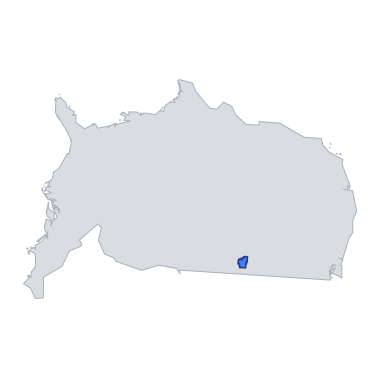 Valley, Montana, United States of America shown in context, rotated 182°
{"feature_id": "52423323B15703516824983", "entity_name": "Valley", "entity_type": "district", "adm_level": 2, "iso_a3": "USA", "parent_name": "United States of America", "parent_adm1": "Montana", "projection": "orthographic", "projection_center": [-106.597, 48.331], "detail": "fine", "context": "in_parent", "style": "filled", "palette": "blue", "viewbox_px": 384, "rotation_deg": 182, "n_neighbors": 0, "source": "geoboundaries", "source_scale": "gbopen_adm2", "svg_char_len": 4894}
<svg xmlns="http://www.w3.org/2000/svg" viewBox="0 0 384 384"><g transform="rotate(182 192 192)"><path d="M319.2,113.3L337.3,101.8L336.9,81.1L344.8,80.1L350.0,90.2L357.2,94.5L351.5,101.0L352.0,103.1L349.8,101.4L349.9,106.4L345.7,112.3L346.4,124.5L351.4,127.2L353.3,125.5L351.9,123.9L353.0,124.4L354.1,126.4L348.5,131.2L346.4,129.5L347.0,133.0L340.0,137.5L336.0,144.3L335.7,141.7L334.6,140.5L335.1,146.8L337.1,147.0L338.3,152.0L336.6,159.9L331.2,158.0L332.3,153.0L330.4,157.0L333.0,160.7L335.6,162.4L336.8,165.0L335.1,177.1L334.6,170.2L328.7,166.1L329.2,158.7L325.9,162.3L330.3,170.9L325.6,169.8L324.4,170.6L324.7,167.2L324.3,166.4L323.7,169.2L324.3,171.1L331.3,172.2L330.5,174.4L326.9,172.3L325.7,172.2L330.2,174.7L331.9,174.8L331.8,177.5L329.4,176.5L333.3,178.8L332.8,179.6L330.9,178.3L327.0,179.0L332.5,180.5L335.3,179.1L340.9,186.4L336.3,181.0L338.4,184.9L332.8,186.3L338.0,188.8L339.5,186.8L338.3,191.6L332.7,192.5L336.4,193.1L334.3,196.2L337.9,196.2L332.3,199.6L331.0,207.0L325.9,210.9L317.9,226.2L316.2,225.5L314.4,237.2L314.7,239.9L318.2,247.0L331.4,266.9L331.1,279.8L326.9,282.0L321.5,277.1L319.6,272.1L312.3,268.0L313.8,264.5L310.8,265.6L310.4,257.2L301.7,251.5L291.1,256.7L288.2,252.5L277.3,255.1L278.3,252.9L276.7,255.3L271.9,257.4L271.2,253.8L270.8,256.6L255.7,260.8L262.5,261.2L260.7,265.0L266.2,267.2L263.9,269.5L257.8,266.4L257.9,269.8L250.1,270.0L245.2,266.6L242.9,269.3L231.3,268.0L225.2,273.7L226.8,272.2L223.1,271.5L221.9,277.6L215.3,282.4L216.8,281.0L212.1,281.0L213.9,282.8L208.8,285.9L207.2,292.6L204.7,291.9L206.9,293.4L207.7,299.2L210.2,302.4L208.7,303.9L195.3,300.8L191.8,292.5L177.1,276.3L170.0,275.7L163.6,282.9L155.1,278.7L151.1,270.7L140.1,261.3L127.4,261.1L127.3,264.7L107.0,263.9L81.6,250.6L64.6,250.0L62.9,243.5L56.4,236.6L42.5,229.6L43.1,225.2L34.1,203.1L34.8,201.1L36.8,204.2L36.0,199.6L41.1,200.2L31.6,198.8L26.8,178.5L30.4,169.0L29.9,157.3L33.8,150.6L39.2,130.1L43.3,131.6L38.8,129.5L41.3,124.2L39.7,123.9L39.3,111.5L49.2,115.8L46.0,121.6L50.2,117.9L48.9,123.0L46.1,123.8L47.9,124.4L50.2,122.6L51.9,117.5L50.7,108.8L201.7,113.5L201.3,110.3L205.0,115.1L222.9,117.7L239.3,112.0L265.7,120.0L267.7,123.4L277.2,126.9L283.7,140.3L281.3,153.7L285.0,156.6L302.8,140.2L300.3,135.3L301.7,133.6L312.4,128.9L319.2,113.3ZM343.1,138.7L346.1,136.5L336.1,145.3L343.8,136.8L343.1,138.7ZM50.5,114.0L51.2,117.6L51.0,118.1L49.6,115.2L50.5,114.0ZM209.9,301.5L207.8,296.5L207.7,293.6L208.2,296.6L209.9,301.5ZM352.4,101.0L353.1,102.6L352.5,102.5L352.4,101.0ZM245.5,268.1L246.0,269.2L244.6,268.5L245.5,268.1ZM47.5,235.5L49.2,235.1L49.3,235.3L47.5,235.5ZM45.8,234.7L45.0,235.5L44.6,234.6L45.8,234.7ZM351.4,130.0L351.0,131.4L350.7,131.3L351.4,130.0ZM208.5,290.8L207.7,293.2L209.7,288.4L208.5,290.8ZM327.4,260.2L330.0,264.2L327.1,259.9L327.4,260.2ZM55.6,240.9L56.2,242.3L55.5,241.0L55.6,240.9ZM331.9,280.2L330.9,282.1L332.5,278.3L331.9,280.2ZM342.2,189.0L341.4,191.4L341.2,186.7L342.2,189.0ZM49.6,111.0L49.4,111.9L48.9,111.3L49.6,111.0ZM214.1,283.7L211.7,285.1L214.1,283.4L214.1,283.7ZM354.6,128.8L355.0,130.0L353.9,130.2L354.6,128.8ZM55.1,244.5L55.5,246.1L54.9,244.6L55.1,244.5ZM211.1,286.1L210.1,286.8L211.0,285.8L211.1,286.1ZM336.9,167.1L336.4,170.1L336.8,166.1L336.9,167.1ZM224.6,274.9L223.1,276.1L225.2,274.1L224.6,274.9ZM315.0,238.3L315.1,240.3L314.7,239.1L315.0,238.3ZM338.5,196.3L338.1,196.9L339.1,194.9L338.5,196.3ZM295.0,255.1L293.3,256.7L292.6,256.7L295.0,255.1ZM271.1,257.2L270.8,257.7L269.7,257.9L271.1,257.2ZM317.6,272.9L318.1,274.2L317.2,272.8L317.6,272.9ZM266.7,261.1L266.6,262.4L266.2,260.2L266.7,261.1ZM328.4,284.8L327.4,285.3L328.8,284.4L328.4,284.8ZM338.3,153.0L338.1,154.4L338.3,152.4L338.3,153.0ZM340.5,192.2L340.1,192.9L339.9,192.9L340.5,192.2Z" fill="#d9dde1" stroke="#a8b0b8" stroke-width="1"/><path d="M140.0,126.9L139.9,126.4L140.0,126.2L140.3,126.1L140.5,126.1L140.8,126.1L141.0,126.3L141.6,126.3L141.5,126.5L141.8,126.4L141.9,126.2L142.0,126.2L142.1,126.4L142.3,126.5L142.3,126.4L142.2,126.3L142.3,126.2L142.5,126.4L142.8,126.5L142.9,126.4L142.9,126.2L143.0,126.2L143.0,126.3L143.2,125.0L143.2,124.7L143.4,124.7L143.4,121.8L142.2,121.8L142.2,119.6L141.4,119.6L141.4,118.9L141.7,118.9L141.7,118.1L140.9,118.1L140.2,118.1L139.7,118.1L138.6,118.1L137.0,118.1L135.8,118.1L135.7,118.8L135.6,121.7L135.6,122.2L135.3,122.2L135.3,122.5L135.0,122.5L135.0,122.8L135.0,123.2L135.3,123.2L135.3,123.9L134.6,123.9L134.6,124.7L134.4,124.7L134.4,127.6L134.3,129.1L134.6,129.1L134.8,129.2L135.1,129.2L135.3,129.4L135.7,129.4L135.8,129.3L136.0,129.3L136.3,129.4L136.6,129.4L136.9,129.3L137.0,129.3L137.3,129.3L137.4,129.2L137.4,128.9L137.5,128.7L137.9,128.7L138.0,128.8L138.3,128.6L138.3,128.4L138.5,128.4L138.6,128.5L138.7,128.3L138.8,128.3L138.9,128.2L139.1,128.1L139.2,127.9L139.4,127.8L139.4,127.7L139.5,127.5L139.5,127.4L139.3,127.3L139.5,127.2L139.5,126.9L139.8,126.8L139.8,126.7L139.9,126.8L140.0,126.9Z" fill="#3b82f6" stroke="#1e3a8a" stroke-width="1.5"/></g></svg>